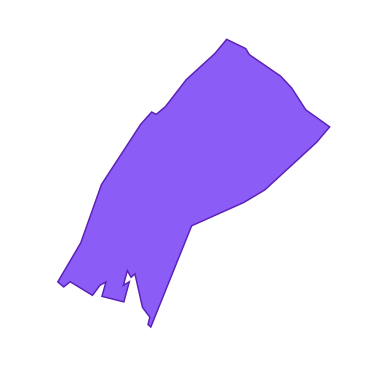 the district of South West Inner City Lea-5, Dublin, Ireland, rotated 303°
{"feature_id": "5873133B41660382449043", "entity_name": "South West Inner City Lea-5", "entity_type": "district", "adm_level": 2, "iso_a3": "IRL", "parent_name": "Ireland", "parent_adm1": "Dublin", "projection": "albers", "projection_center": [-6.305, 53.339], "detail": "fine", "context": "isolated", "style": "filled", "palette": "violet", "viewbox_px": 384, "rotation_deg": 303, "n_neighbors": 0, "source": "geoboundaries", "source_scale": "gbopen_adm2", "svg_char_len": 609}
<svg xmlns="http://www.w3.org/2000/svg" viewBox="0 0 384 384"><g transform="rotate(303 192 192)"><path d="M131.6,216.3L163.5,210.1L211.6,241.2L233.4,251.9L301.4,269.4L321.6,272.0L322.9,242.6L333.5,219.0L337.4,203.4L338.4,165.4L341.5,158.9L338.9,137.9L320.8,135.8L283.2,126.0L249.1,123.2L237.6,119.7L237.1,114.6L220.8,112.1L149.0,112.0L88.7,126.4L43.5,128.4L42.5,136.1L50.4,138.7L51.1,164.8L63.7,165.6L69.6,168.9L55.4,173.3L62.7,194.7L82.6,188.3L76.3,185.3L90.8,180.6L87.3,187.4L92.3,188.7L68.2,213.4L64.1,224.8L56.9,227.3L56.3,231.0L131.6,216.3Z" fill="#8b5cf6" stroke="#5b21b6" stroke-width="1.5"/></g></svg>